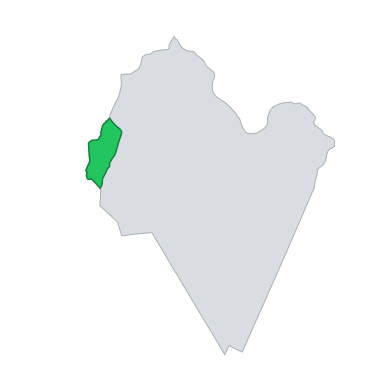 location of Ghat within Libya, rotated 26°
{"feature_id": "LBY-2968", "entity_name": "Ghat", "entity_type": "Municipality", "adm_level": 1, "iso_a3": "LBY", "parent_name": "Libya", "parent_adm1": "", "projection": "equal_earth", "projection_center": [10.299, 26.072], "detail": "fine", "context": "in_parent", "style": "filled", "palette": "green", "viewbox_px": 384, "rotation_deg": 26, "n_neighbors": 0, "source": "natural_earth", "source_scale": "10m", "svg_char_len": 4097}
<svg xmlns="http://www.w3.org/2000/svg" viewBox="0 0 384 384"><g transform="rotate(26 192 192)"><path d="M79.8,115.6L81.4,114.6L83.9,113.4L85.1,112.6L85.6,111.9L87.4,108.9L88.4,107.3L89.7,105.1L90.2,103.6L90.2,102.1L90.0,100.4L89.0,96.3L88.2,92.3L88.9,90.8L89.4,90.0L90.5,88.1L90.9,87.8L93.3,87.2L94.3,85.9L95.0,84.4L95.2,83.6L96.2,82.7L97.5,81.8L98.2,80.7L100.7,79.0L103.0,77.4L105.7,75.8L107.8,74.5L108.2,73.4L108.1,72.4L107.0,70.2L107.0,67.7L107.1,65.5L107.2,64.2L107.7,60.7L107.7,60.2L109.8,61.4L112.0,61.8L118.6,66.2L120.6,66.8L125.2,67.3L130.6,65.5L132.6,65.2L136.2,66.9L137.7,67.3L140.4,67.5L144.9,69.0L146.0,69.5L148.7,72.0L149.9,72.7L159.3,74.9L160.6,76.4L161.9,79.3L162.1,82.8L162.8,85.4L164.0,88.7L165.5,91.0L167.1,93.0L168.9,94.2L173.0,96.0L177.7,96.7L182.3,97.0L190.4,99.5L197.3,102.4L199.0,103.8L202.5,105.2L209.4,112.0L213.3,114.4L216.0,114.9L218.3,114.4L222.5,112.1L224.2,110.7L228.2,104.8L229.5,101.7L230.0,99.5L229.8,97.3L229.2,95.4L227.9,93.3L227.0,90.6L226.4,85.7L226.9,82.3L227.6,80.2L228.8,78.2L232.2,74.2L235.6,71.4L241.6,67.8L245.2,67.7L246.7,67.3L249.5,64.8L250.7,64.7L252.4,65.3L257.3,65.1L259.5,65.8L262.1,67.4L265.4,68.4L267.7,69.4L270.2,70.7L270.9,73.9L270.7,74.8L270.7,76.0L273.3,78.2L280.5,79.3L282.0,79.9L284.0,81.6L285.3,82.1L290.3,82.3L293.1,81.9L295.9,82.5L296.9,83.1L298.1,84.4L299.5,87.6L300.1,88.7L299.5,89.2L298.8,90.4L298.4,91.4L297.2,93.0L296.2,94.7L296.4,97.3L296.8,99.9L297.7,102.4L298.4,105.2L298.4,107.1L297.9,109.4L297.4,111.2L295.4,115.2L295.1,116.1L295.3,117.4L296.9,122.1L297.0,123.5L298.0,128.0L298.9,131.7L299.9,134.6L300.0,135.4L300.2,139.7L300.4,144.0L300.6,148.3L300.8,152.5L301.0,156.8L301.2,161.1L301.4,165.4L301.6,169.7L301.8,174.1L302.0,178.4L302.2,182.7L302.4,187.0L302.6,191.4L302.8,195.7L303.0,200.0L303.2,204.4L303.3,208.7L303.5,213.1L303.7,217.4L303.9,221.8L304.0,226.2L304.2,230.5L304.4,234.9L304.6,239.3L304.7,243.7L304.9,248.1L305.1,252.5L305.2,256.8L305.4,261.2L305.6,265.7L305.7,270.1L305.9,274.5L306.2,284.3L306.6,294.1L306.9,303.9L307.2,313.8L303.4,313.9L299.8,313.9L296.1,313.9L292.5,313.9L292.6,316.4L292.6,318.8L292.7,321.3L292.8,323.8L285.6,319.1L278.4,314.4L271.2,309.7L264.0,305.1L256.8,300.4L249.7,295.7L242.5,291.1L235.4,286.4L228.2,281.7L221.1,277.1L214.0,272.4L206.9,267.8L199.8,263.2L192.7,258.5L185.6,253.9L178.6,249.3L173.7,246.1L168.5,249.2L164.5,251.6L159.1,254.9L153.0,259.0L148.3,262.2L148.1,262.2L147.9,262.1L142.9,256.7L139.0,252.4L137.3,251.3L130.0,249.1L122.7,246.9L115.1,244.7L113.7,241.2L112.2,237.3L110.1,232.5L108.8,229.6L108.4,229.1L102.6,226.8L96.4,224.5L92.9,225.9L92.2,225.8L91.2,224.9L90.2,223.7L89.7,222.1L88.2,219.9L86.9,214.8L86.8,210.8L86.5,209.4L83.3,203.7L80.5,198.6L78.5,195.1L78.2,193.6L78.4,191.7L79.2,190.0L82.0,188.0L84.5,185.8L84.8,184.3L85.0,180.1L84.2,178.8L83.6,176.3L83.0,172.9L82.9,170.8L84.0,166.5L85.3,162.1L84.5,157.1L83.9,147.3L84.3,139.5L84.0,136.7L83.8,135.5L82.9,131.9L81.9,128.1L81.5,126.8L80.1,123.8L77.9,120.0L76.8,117.7L78.4,116.5L79.8,115.6Z" fill="#d9dde1" stroke="#a8b0b8" stroke-width="1"/><path d="M92.4,226.0L92.2,225.9L90.3,224.0L90.0,223.7L89.8,223.0L89.6,221.2L89.3,220.6L87.1,219.1L87.0,218.6L86.9,215.9L86.9,213.1L86.8,210.6L86.6,209.4L86.1,208.1L83.8,204.4L82.1,201.4L79.9,197.7L77.9,194.2L77.5,193.2L77.9,192.3L78.1,191.9L78.4,191.2L78.8,190.6L79.0,190.3L79.0,190.0L79.1,189.6L84.1,186.7L84.4,186.3L85.0,183.8L85.0,183.4L84.8,182.9L84.9,182.2L85.2,180.2L85.2,179.9L84.9,179.7L84.3,179.2L84.1,179.1L84.0,178.7L83.7,176.7L82.5,171.5L82.5,171.2L82.6,170.9L82.8,170.2L83.0,169.0L83.2,168.6L83.9,167.8L84.0,167.4L83.8,167.0L83.6,166.6L83.6,166.2L83.9,165.9L84.3,165.6L84.6,165.3L85.6,161.4L85.6,161.5L87.7,162.9L90.4,164.3L93.2,165.3L96.0,166.2L99.3,166.9L101.2,167.8L102.4,168.8L103.2,170.9L103.7,175.4L104.1,178.1L104.7,182.0L105.6,187.0L106.1,189.5L106.3,192.2L106.0,194.7L105.5,197.6L105.3,201.3L105.8,203.4L106.7,205.1L105.8,208.2L105.9,212.1L105.9,216.1L105.8,219.7L107.6,223.7L108.0,226.2L107.8,228.9L103.2,227.0L99.7,225.6L96.9,224.5L96.6,224.4L96.3,224.5L94.7,225.2L93.0,226.0L92.4,226.0Z" fill="#22c55e" stroke="#15803d" stroke-width="1.5"/></g></svg>